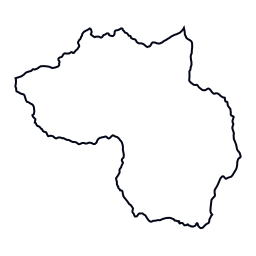 Imues, Nariño, Colombia (Robinson projection)
{"feature_id": "7082276B38506776880205", "entity_name": "Imues", "entity_type": "district", "adm_level": 2, "iso_a3": "COL", "parent_name": "Colombia", "parent_adm1": "Nariño", "projection": "robinson", "projection_center": [-77.501, 1.069], "detail": "fine", "context": "isolated", "style": "outline", "palette": "ink", "viewbox_px": 256, "rotation_deg": 0, "n_neighbors": 0, "source": "geoboundaries", "source_scale": "gbopen_adm2", "svg_char_len": 5737}
<svg xmlns="http://www.w3.org/2000/svg" viewBox="0 0 256 256"><path d="M240.6,156.9L240.4,155.3L239.6,152.8L237.6,150.4L237.0,149.1L236.2,144.9L235.0,141.5L234.1,139.8L233.8,138.7L233.6,134.8L233.9,133.8L233.8,132.9L232.6,129.3L232.3,127.9L232.5,126.7L233.3,124.3L233.3,123.7L232.6,122.3L232.5,121.2L232.6,120.3L233.7,117.1L233.6,116.8L233.2,116.4L231.3,115.5L230.9,115.0L230.7,114.2L230.8,112.3L230.3,108.8L229.1,107.5L228.1,105.9L227.7,105.0L227.3,102.0L227.0,101.8L225.7,101.6L225.3,101.2L224.9,99.5L224.9,98.1L224.8,97.7L223.4,97.5L222.2,97.0L220.5,95.8L219.1,94.4L218.1,93.7L217.1,93.3L215.6,93.3L214.8,93.7L213.7,93.6L213.0,93.2L211.9,92.0L210.2,89.7L209.7,89.2L208.6,88.6L208.1,88.6L207.4,88.9L205.4,90.1L204.8,90.3L202.9,90.1L202.2,89.9L198.9,87.3L197.4,85.2L196.8,84.8L195.3,85.0L193.7,84.8L192.5,83.8L190.9,82.7L189.8,81.5L189.3,80.7L189.2,79.9L189.5,76.8L189.4,71.6L189.5,71.1L190.4,69.7L190.7,67.2L191.5,64.9L191.5,64.4L191.4,61.7L191.0,59.9L190.7,56.6L191.0,54.7L191.7,53.4L191.8,50.7L192.2,47.2L192.1,43.5L191.7,42.0L191.1,41.1L190.2,40.4L187.3,38.7L186.1,37.5L185.9,36.3L185.4,35.8L184.9,34.4L184.6,31.3L183.9,27.9L183.3,29.0L182.2,30.5L180.0,32.6L176.9,34.1L174.7,34.8L171.4,36.4L169.1,38.1L167.4,39.0L166.7,39.6L163.8,41.1L162.2,42.4L159.7,43.5L158.3,43.5L157.2,43.4L155.3,42.6L152.9,42.4L152.3,42.6L151.8,43.2L150.8,45.0L149.8,46.3L148.7,46.5L147.4,47.1L145.8,46.1L144.3,44.7L143.1,43.9L141.4,43.4L138.7,43.3L137.1,42.3L136.7,41.9L135.8,40.1L134.8,39.3L133.0,39.0L131.5,38.2L130.9,37.6L130.7,36.4L130.5,36.1L130.0,35.9L128.7,35.7L128.1,34.6L127.1,33.4L126.2,32.9L125.0,32.6L124.7,32.3L124.2,31.3L122.8,30.0L122.5,28.8L121.8,28.4L120.8,28.5L119.3,29.5L118.7,29.8L117.4,30.2L116.1,30.3L114.9,31.1L114.7,31.6L114.5,34.0L114.3,34.6L113.7,35.4L113.3,35.8L112.8,36.0L111.6,36.0L109.7,35.4L109.1,35.1L108.8,34.0L108.4,33.5L106.8,33.4L104.9,34.7L103.6,35.0L102.2,37.0L101.2,37.6L100.5,37.5L99.0,36.7L98.5,36.6L95.9,36.7L94.4,37.1L92.0,35.4L91.1,34.7L90.9,34.3L91.1,33.4L91.4,33.0L91.6,32.4L91.6,31.5L91.4,30.8L90.9,29.4L90.5,28.9L90.1,28.6L89.6,28.5L88.7,29.3L84.8,31.3L83.9,31.9L82.7,33.3L82.2,34.2L81.9,35.7L81.6,36.3L81.1,36.8L80.8,38.0L80.2,39.2L79.2,40.0L78.0,42.3L78.1,43.2L79.1,45.2L79.2,45.9L79.1,46.6L78.1,47.9L77.5,49.1L75.9,50.4L74.1,52.6L73.8,52.9L73.0,53.0L72.0,52.2L71.3,52.1L69.0,53.5L66.9,53.5L66.2,53.6L65.1,53.3L64.6,53.4L63.6,54.0L62.1,56.5L61.7,56.9L59.5,57.6L58.5,58.5L58.4,58.9L58.4,59.5L58.5,60.1L59.4,61.4L59.5,62.4L59.1,63.3L59.2,65.1L57.9,66.6L54.9,67.6L52.4,68.0L51.9,67.9L49.7,66.9L48.1,66.5L44.1,66.1L41.1,66.2L40.4,66.4L37.6,68.3L36.8,68.8L35.1,69.4L34.4,69.5L33.1,69.2L32.6,69.4L31.7,70.5L31.0,71.0L29.0,71.5L26.3,72.4L25.7,72.8L23.9,74.6L22.0,75.9L20.6,76.6L15.5,78.2L15.9,79.3L16.0,81.6L15.9,83.0L15.4,86.3L15.5,86.9L16.1,88.1L16.2,90.0L16.5,91.3L17.0,91.6L18.6,92.3L20.7,93.6L23.2,94.3L23.7,94.5L24.1,94.9L24.5,95.5L26.0,100.2L26.4,101.1L27.0,101.8L28.6,102.3L30.6,103.6L32.2,104.4L32.7,104.9L33.6,106.3L33.9,107.3L34.3,111.0L34.0,113.5L33.8,114.1L33.4,114.5L32.4,115.1L32.9,116.6L35.4,119.2L34.8,122.6L35.5,122.8L36.9,125.4L37.3,125.8L37.7,126.1L38.4,126.1L39.6,126.9L40.2,127.5L40.8,128.5L42.0,129.2L42.4,129.8L42.8,131.0L44.0,131.7L45.5,132.1L46.3,132.5L47.2,134.6L48.0,136.0L48.3,136.1L48.8,136.1L50.7,135.7L52.1,136.0L53.2,136.4L54.6,137.7L55.7,138.3L56.3,138.4L58.3,137.5L59.1,137.4L60.7,137.6L62.4,138.3L63.2,138.1L63.8,138.3L66.2,139.6L66.9,139.8L68.9,140.0L71.2,141.3L72.6,141.9L75.6,142.2L77.1,142.9L78.1,143.9L79.2,144.2L79.7,144.1L82.0,143.1L82.7,143.0L83.9,143.0L85.9,143.6L86.7,143.5L89.3,142.6L91.5,143.0L93.4,144.0L94.8,144.0L96.5,142.6L97.3,140.4L97.9,139.5L99.3,138.2L100.2,137.8L105.7,136.5L106.5,136.8L107.5,137.9L108.3,138.4L108.7,138.5L110.0,137.8L111.9,135.9L112.9,135.3L113.8,135.6L114.6,136.2L117.4,137.2L119.1,138.7L119.7,139.7L121.1,141.2L121.7,142.1L122.3,143.8L122.9,146.3L122.9,149.8L123.7,154.0L123.8,155.4L123.7,156.7L123.5,157.6L122.5,158.5L122.0,159.3L121.8,160.2L122.0,161.1L122.8,162.2L122.9,162.9L122.0,164.9L121.5,165.9L121.1,167.4L119.9,168.9L119.5,169.8L119.6,172.3L119.4,173.0L117.8,175.8L116.1,178.1L116.2,179.4L116.9,181.9L116.9,184.1L117.5,185.7L118.2,186.6L118.2,187.4L118.5,188.2L119.8,189.4L120.1,190.3L121.5,190.5L122.0,190.8L122.6,191.8L122.7,193.2L123.5,196.5L127.4,201.4L129.3,204.2L130.7,205.0L132.5,207.5L133.0,208.8L132.4,211.2L132.5,212.0L132.7,212.6L133.8,213.8L134.5,215.9L135.1,216.5L136.0,216.5L136.5,216.4L137.0,216.1L138.7,213.9L139.2,213.5L142.2,213.4L142.9,213.7L143.9,214.6L145.1,215.2L145.5,215.6L147.3,218.5L148.4,220.1L149.8,221.3L150.9,221.7L151.9,221.5L153.2,220.8L155.3,220.7L157.9,220.1L160.0,220.2L162.9,218.9L165.9,218.1L167.3,217.9L169.9,217.9L171.0,218.1L172.4,218.8L173.4,219.0L173.8,219.3L174.4,220.3L175.0,220.7L175.7,220.5L176.6,220.8L177.7,221.4L178.1,221.4L178.6,221.1L179.2,221.3L179.2,222.8L179.5,223.4L179.9,223.5L180.7,223.0L182.1,223.0L182.9,223.4L183.9,224.8L184.6,225.3L186.5,225.1L187.4,224.4L187.9,224.4L188.6,225.4L190.0,225.7L191.1,226.5L191.9,226.3L192.5,226.6L193.1,226.6L194.5,226.1L195.3,225.6L195.9,224.9L196.3,223.7L197.0,223.2L197.5,223.4L197.7,223.8L198.2,225.9L199.0,226.7L199.4,227.3L200.5,228.0L200.8,228.1L202.6,227.8L205.3,225.0L206.7,223.9L208.4,223.1L208.9,222.4L209.2,221.6L209.4,219.4L210.5,217.5L210.9,216.2L212.2,214.7L211.1,213.3L210.6,212.2L210.4,210.7L210.7,206.6L211.5,200.0L212.1,199.0L214.8,196.0L215.0,194.9L214.6,192.6L214.6,190.5L214.8,189.8L217.1,186.0L218.1,183.9L220.3,178.6L221.4,177.2L222.3,176.4L222.9,176.3L223.5,176.4L223.9,176.8L225.6,178.7L226.2,178.7L228.4,177.6L230.7,176.9L231.1,176.7L232.4,175.4L235.9,169.6L236.5,168.3L237.1,165.5L237.3,162.0L237.7,160.3L238.6,158.5L239.2,158.0L240.3,157.4L240.6,156.9Z" fill="none" stroke="#020617" stroke-width="2"/></svg>